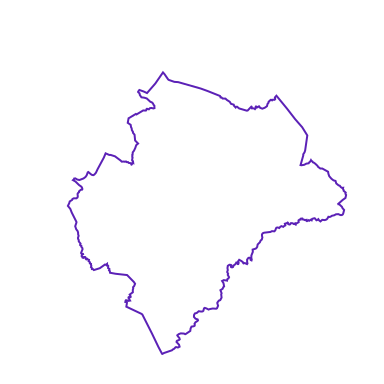 Chu Puh, Gia Lai, Vietnam, rotated 321°
{"feature_id": "81297802B62904822955283", "entity_name": "Chu Puh", "entity_type": "district", "adm_level": 2, "iso_a3": "VNM", "parent_name": "Vietnam", "parent_adm1": "Gia Lai", "projection": "orthographic", "projection_center": [108.066, 13.509], "detail": "fine", "context": "isolated", "style": "outline", "palette": "violet", "viewbox_px": 384, "rotation_deg": 321, "n_neighbors": 0, "source": "geoboundaries", "source_scale": "gbopen_adm2", "svg_char_len": 6009}
<svg xmlns="http://www.w3.org/2000/svg" viewBox="0 0 384 384"><g transform="rotate(321 192 192)"><path d="M66.9,298.9L67.1,299.2L68.9,299.5L76.8,302.4L78.0,302.3L79.4,302.6L81.6,302.3L82.3,302.8L83.2,304.0L85.0,304.4L85.8,302.6L85.6,298.8L86.2,298.3L86.8,298.2L88.5,298.8L89.7,298.8L90.3,297.6L90.2,295.2L90.4,294.1L92.2,294.1L94.3,294.8L96.7,297.0L97.2,298.2L97.8,298.4L103.2,298.9L105.0,297.2L106.9,296.3L108.8,297.4L109.8,297.6L110.5,297.1L111.0,296.0L112.7,295.4L115.1,295.7L115.9,295.5L116.2,294.6L115.0,292.7L114.9,290.3L116.1,288.9L117.8,288.2L119.6,289.0L122.2,288.9L123.9,290.7L125.1,291.5L126.0,291.5L128.1,290.0L129.0,290.1L130.0,291.7L130.9,293.8L132.0,294.1L134.8,295.6L137.3,297.9L138.2,298.1L140.7,296.8L141.6,294.5L142.1,293.9L144.5,293.3L145.9,293.8L148.5,292.7L150.3,289.9L151.3,289.3L152.3,286.2L154.8,286.5L156.6,285.6L157.5,285.6L159.1,282.7L159.4,280.1L161.3,280.5L162.3,281.7L163.1,282.2L163.4,282.9L164.9,281.9L165.9,282.1L167.2,281.5L167.6,278.9L168.6,278.3L169.0,276.3L170.7,275.2L171.7,273.4L173.4,271.9L175.3,272.1L176.4,273.2L176.5,273.8L175.3,274.4L175.1,275.0L175.7,275.8L176.6,276.1L178.2,275.3L180.2,275.4L182.1,274.7L182.4,275.2L182.2,276.8L182.6,277.1L183.7,276.4L184.2,274.9L186.0,274.4L187.0,276.8L187.4,278.8L187.1,279.3L187.1,279.9L188.3,280.4L189.4,282.7L190.1,282.5L190.8,281.1L192.3,279.2L194.4,278.7L195.2,279.1L195.5,279.7L195.4,280.5L194.8,281.8L195.2,282.6L195.9,282.1L196.6,280.6L198.2,278.7L201.6,276.8L202.9,274.9L205.9,276.1L206.7,276.1L208.1,275.7L210.0,274.1L213.1,273.8L214.8,272.9L216.3,272.9L218.1,271.6L218.8,270.1L219.7,269.0L221.0,268.6L222.4,269.0L227.8,272.4L229.4,272.7L231.3,274.4L232.6,274.2L234.4,273.1L235.2,272.9L236.4,273.6L237.1,274.9L238.8,274.6L240.0,274.8L241.0,276.5L241.9,276.4L243.5,276.7L244.2,275.1L246.2,275.9L247.1,275.9L247.2,276.2L246.5,276.9L247.1,278.5L248.0,278.9L248.9,278.4L249.4,278.5L250.6,279.7L250.9,280.9L251.8,281.6L252.1,282.6L252.4,282.4L252.9,281.5L253.5,282.2L255.9,282.6L256.9,281.1L257.9,281.1L259.0,281.8L259.4,281.2L259.9,281.2L261.1,282.1L260.9,283.2L261.6,283.9L261.9,284.7L263.5,285.7L262.8,286.6L263.0,287.0L264.9,287.3L265.0,288.1L266.9,288.3L267.2,289.3L268.5,288.5L270.6,289.4L270.9,289.8L270.9,292.3L271.6,292.6L273.1,292.6L272.9,293.8L273.3,295.7L275.7,295.6L277.5,297.4L279.2,298.0L280.4,297.9L282.4,297.1L282.8,297.7L284.1,298.4L285.7,298.5L287.9,299.6L289.8,299.9L291.8,301.3L292.8,303.3L293.9,304.2L295.1,304.3L296.1,303.8L298.9,301.7L298.8,299.3L299.2,297.8L298.7,294.3L298.4,293.7L297.3,293.3L304.1,293.0L307.5,293.2L309.9,291.3L310.1,289.9L311.1,289.2L310.6,286.5L311.1,285.7L311.3,284.4L312.1,283.8L311.1,283.1L310.7,281.8L310.8,280.1L310.1,279.1L309.5,276.1L310.5,273.7L309.3,272.0L308.7,269.5L308.6,266.1L309.5,263.6L310.5,261.9L308.0,255.7L306.5,254.5L305.8,251.7L306.0,250.6L305.6,247.6L305.2,246.0L304.6,244.9L304.8,244.0L304.4,242.8L304.5,242.1L302.9,242.8L301.9,242.7L300.7,243.1L298.7,241.9L296.4,241.5L293.9,240.1L293.3,239.4L301.5,233.6L302.2,232.7L304.4,232.0L306.1,230.9L317.2,220.6L318.4,211.0L318.0,200.4L318.3,187.1L318.2,170.3L315.9,170.7L315.2,172.1L314.7,172.3L314.0,172.2L313.1,171.2L311.9,171.2L311.6,170.2L311.2,169.9L308.3,170.1L307.6,170.8L306.3,171.0L304.2,172.5L301.5,172.3L299.1,171.5L297.9,169.4L298.1,167.7L297.6,167.4L296.3,167.5L295.6,165.8L295.1,165.9L294.6,166.9L293.1,167.2L292.9,166.1L291.2,164.7L292.0,163.2L291.9,163.0L286.5,163.7L285.7,163.2L281.2,156.7L280.7,154.1L279.7,153.4L279.1,153.7L278.9,151.5L279.4,150.4L277.8,148.0L278.1,145.6L277.0,142.3L276.8,140.5L274.6,138.6L274.4,136.9L273.7,136.5L274.2,135.0L267.7,123.4L263.9,117.1L250.4,97.9L247.6,95.3L244.5,90.3L244.3,89.5L244.8,83.1L244.7,80.8L231.8,84.6L219.3,86.8L217.7,83.5L215.3,79.6L213.3,80.1L213.0,80.5L213.3,82.3L212.5,83.8L212.3,86.6L214.2,88.6L215.7,90.8L216.4,95.7L217.2,97.0L217.4,98.6L217.0,100.0L217.1,101.2L215.6,103.2L214.6,102.8L213.3,101.1L212.1,100.4L210.5,100.6L209.4,99.0L208.7,99.0L208.0,99.6L207.4,99.7L205.4,97.9L197.7,96.8L197.5,96.0L189.1,94.8L185.6,97.8L186.6,101.2L185.4,103.3L185.2,104.5L184.2,106.1L184.0,108.0L183.4,108.8L183.4,111.3L180.2,116.2L180.6,120.4L178.1,120.5L175.6,122.1L172.9,123.4L170.9,123.9L169.4,125.5L168.8,125.6L168.5,126.4L167.6,127.1L167.5,127.8L165.5,129.5L165.5,130.9L164.5,132.6L164.0,131.8L162.6,132.7L162.2,132.6L162.4,131.6L162.3,130.8L161.1,129.5L161.1,128.5L160.1,127.7L159.9,126.7L158.9,126.3L158.4,125.6L156.5,124.2L156.3,122.5L154.6,115.8L152.1,112.0L151.0,111.1L149.2,107.6L145.1,109.8L132.9,114.9L129.4,116.6L127.0,117.0L125.9,116.8L125.1,115.9L124.7,114.9L124.0,111.2L123.4,111.1L120.5,112.8L118.6,113.3L116.2,113.2L112.0,111.8L110.6,110.0L109.9,108.0L108.9,107.4L108.4,107.8L107.0,107.9L108.0,110.4L108.6,115.5L109.4,118.3L109.2,119.5L108.7,120.7L108.1,121.0L107.0,120.3L104.6,120.4L103.9,121.1L103.1,121.0L101.8,121.5L100.6,123.4L99.6,124.2L98.2,124.2L96.1,122.5L94.7,122.2L93.9,122.7L91.0,122.4L89.6,123.4L86.8,124.7L86.8,128.5L85.6,132.3L83.4,142.4L83.0,143.0L79.7,145.1L78.6,148.0L78.5,150.5L77.9,151.9L76.9,153.2L76.3,154.7L74.5,155.9L74.0,156.7L73.7,158.1L72.9,159.2L72.9,162.0L71.7,162.7L71.8,163.9L72.1,164.2L71.5,165.1L71.5,166.6L70.9,167.6L67.4,169.6L67.3,170.6L68.3,171.5L68.2,171.8L67.0,171.5L65.9,172.3L66.0,173.2L65.6,173.9L65.8,174.4L66.3,175.0L67.2,174.6L68.0,175.2L68.1,176.1L67.4,177.2L67.7,177.5L67.6,177.9L68.6,178.1L68.6,179.0L69.2,179.9L68.1,180.8L68.5,181.7L68.3,182.6L67.7,183.2L68.3,184.3L67.6,185.1L67.3,186.1L66.2,186.8L66.4,187.9L65.7,188.9L66.5,189.6L66.6,190.9L72.4,193.2L78.7,193.6L78.9,194.1L79.3,194.4L80.7,194.4L79.7,195.6L80.4,196.2L80.4,196.7L78.9,198.3L79.4,199.8L79.0,200.3L78.2,200.7L78.4,201.6L77.5,203.2L81.1,207.4L89.3,215.7L90.2,225.3L90.0,227.5L87.8,228.7L86.3,228.9L85.6,230.0L84.4,230.8L82.9,232.7L79.0,232.5L78.7,234.4L78.2,235.0L77.6,234.9L76.9,233.9L76.4,233.9L76.0,234.3L75.5,237.4L73.9,236.5L73.2,235.1L72.5,234.5L72.1,234.6L71.0,235.5L71.8,236.4L71.8,237.1L68.8,239.8L76.1,255.0L76.3,256.0L71.8,276.9L68.4,291.2L66.9,298.9Z" fill="none" stroke="#5b21b6" stroke-width="2"/></g></svg>